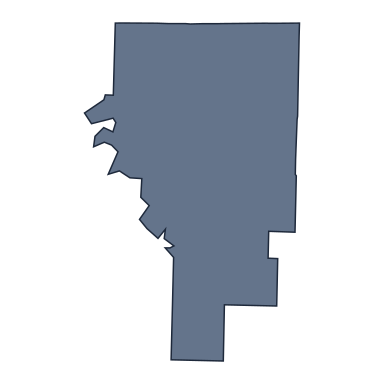 Baxter, Arkansas, United States of America
{"feature_id": "52423323B86572463849564", "entity_name": "Baxter", "entity_type": "district", "adm_level": 2, "iso_a3": "USA", "parent_name": "United States of America", "parent_adm1": "Arkansas", "projection": "equal_earth", "projection_center": [-92.385, 36.236], "detail": "fine", "context": "isolated", "style": "filled", "palette": "slate", "viewbox_px": 384, "rotation_deg": 0, "n_neighbors": 0, "source": "geoboundaries", "source_scale": "gbopen_adm2", "svg_char_len": 818}
<svg xmlns="http://www.w3.org/2000/svg" viewBox="0 0 384 384"><path d="M296.3,175.8L295.3,174.4L295.6,158.9L297.1,119.4L297.6,116.2L299.1,36.2L299.5,23.1L275.6,23.3L269.7,23.3L268.4,23.3L267.3,23.2L222.1,23.6L217.7,23.7L202.2,23.7L190.2,24.0L185.4,23.6L168.2,23.6L156.6,23.2L121.3,23.0L115.3,23.1L113.3,95.2L105.3,94.9L103.9,99.8L84.5,113.0L91.5,123.7L113.1,118.2L115.8,122.5L112.9,131.9L103.7,127.6L95.0,136.3L93.6,146.8L104.3,142.2L111.6,145.1L118.0,151.8L108.2,174.3L119.4,170.9L129.9,177.8L141.8,178.6L140.8,197.3L149.2,205.6L139.5,219.4L147.0,228.6L158.0,238.4L165.4,229.2L164.2,238.6L173.9,245.9L170.0,247.9L165.2,247.9L173.6,257.4L172.5,303.7L171.1,359.8L223.3,361.0L224.4,304.8L276.7,306.0L277.7,258.6L268.1,258.2L268.7,231.3L295.0,232.2L296.3,175.8Z" fill="#64748b" stroke="#1e293b" stroke-width="1.5"/></svg>